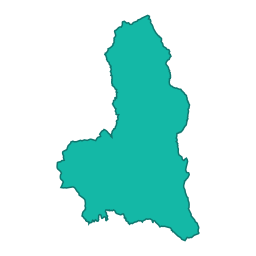 Mera, Vrancea, Romania
{"feature_id": "2599482B23865808249816", "entity_name": "Mera", "entity_type": "district", "adm_level": 2, "iso_a3": "ROU", "parent_name": "Romania", "parent_adm1": "Vrancea", "projection": "orthographic", "projection_center": [26.934, 45.784], "detail": "fine", "context": "isolated", "style": "filled", "palette": "teal", "viewbox_px": 256, "rotation_deg": 0, "n_neighbors": 0, "source": "geoboundaries", "source_scale": "gbopen_adm2", "svg_char_len": 5873}
<svg xmlns="http://www.w3.org/2000/svg" viewBox="0 0 256 256"><path d="M198.2,229.4L198.6,228.6L198.7,227.2L197.6,224.8L197.3,223.5L196.9,222.9L195.3,221.8L194.6,219.9L191.1,215.8L191.1,214.2L188.4,208.6L189.0,207.6L189.1,204.2L188.9,202.5L188.1,200.4L187.9,197.7L186.8,196.7L185.3,192.4L184.9,189.9L183.7,187.3L183.7,185.2L184.5,182.2L184.5,181.0L185.5,180.6L185.9,179.6L187.7,177.8L189.0,175.2L189.2,174.4L188.6,172.8L186.7,172.5L186.1,171.3L186.0,170.7L185.6,170.3L186.1,167.4L187.6,161.5L187.2,159.7L186.4,158.2L184.9,159.2L184.0,160.5L183.5,160.4L182.2,159.1L181.9,157.1L178.8,154.7L178.2,152.0L178.3,148.9L177.5,146.7L177.9,145.9L177.4,144.7L177.8,143.7L177.2,143.1L177.0,142.2L176.5,142.0L176.2,141.5L176.8,141.0L177.1,140.3L177.0,139.1L176.2,138.2L176.7,136.8L176.9,133.5L178.7,133.0L178.7,132.6L180.0,132.5L180.2,131.9L181.0,132.0L181.7,131.4L182.1,130.6L182.7,130.2L182.9,129.4L183.4,129.1L183.6,128.3L184.5,127.1L184.6,126.6L186.0,125.3L186.4,124.2L186.8,121.4L187.1,120.9L186.7,120.5L187.2,119.9L187.2,119.4L187.9,118.9L187.5,117.2L187.8,116.6L187.8,115.0L188.5,111.7L188.4,110.5L188.1,109.7L188.1,109.1L189.0,108.1L189.1,106.7L189.5,105.1L189.4,104.5L188.7,103.7L188.6,102.8L188.0,102.2L188.1,101.6L187.7,101.2L187.6,100.4L187.0,99.7L187.1,98.1L186.5,96.7L186.4,95.5L185.4,94.6L184.7,94.3L184.4,93.2L183.5,92.5L182.5,91.2L181.4,90.7L181.4,90.1L180.8,89.3L178.8,89.1L176.6,88.0L175.4,88.2L174.6,87.7L173.5,87.5L171.9,86.2L170.8,85.9L169.5,84.1L169.2,81.7L169.5,80.4L169.4,79.5L169.5,78.6L170.2,78.5L170.6,77.0L170.3,76.5L170.5,75.2L170.0,73.4L170.2,72.8L169.3,71.6L169.6,70.6L168.7,69.2L168.5,67.9L168.0,66.8L166.2,64.5L165.9,63.7L166.2,62.3L167.6,60.2L169.2,59.4L169.9,57.5L171.0,56.2L170.4,55.3L170.3,54.4L169.3,53.9L169.2,52.5L169.7,51.5L168.8,49.7L166.8,49.3L166.0,48.0L163.3,46.4L162.6,43.5L161.1,41.5L161.5,40.4L161.5,38.6L160.3,37.2L159.4,37.0L159.2,36.2L158.2,35.7L155.7,32.6L153.4,28.5L152.8,26.4L152.1,24.9L150.8,23.2L150.5,22.2L150.8,21.3L150.3,19.6L149.9,19.2L148.5,18.9L149.4,17.3L149.4,16.3L147.7,15.4L141.5,18.3L140.4,19.2L138.0,19.9L137.3,21.1L133.7,22.4L132.9,23.0L132.4,23.9L131.4,24.4L129.9,24.4L128.6,22.8L126.6,23.1L124.4,21.3L122.8,21.7L122.4,22.1L122.3,25.1L121.3,27.1L120.1,26.9L118.4,27.7L118.1,28.3L115.8,30.3L114.9,30.6L114.6,31.4L115.7,35.2L115.4,36.6L114.2,37.8L114.0,38.9L114.4,39.4L114.0,40.2L114.1,42.5L112.9,44.1L113.1,44.9L112.0,46.3L110.0,47.9L108.0,48.9L108.2,50.0L107.2,51.9L106.6,52.3L106.3,52.9L105.4,53.2L105.6,53.9L105.0,54.1L104.8,54.5L105.8,55.5L106.7,58.3L106.6,59.4L107.1,59.9L107.2,60.6L107.8,61.5L108.7,62.1L109.3,63.2L109.1,63.6L109.3,64.2L111.0,66.2L110.2,67.1L111.0,67.9L111.0,68.8L111.3,69.6L110.4,71.7L111.1,72.4L111.3,74.3L110.9,75.4L111.9,75.6L112.1,78.9L111.8,79.5L112.1,80.8L111.8,81.0L111.8,83.2L112.6,84.2L112.1,85.0L112.5,85.6L114.2,87.0L115.1,88.4L115.3,89.1L116.6,89.5L116.4,90.3L116.4,91.1L116.1,92.0L117.1,92.4L116.8,92.7L116.5,94.4L116.7,96.6L116.5,98.1L115.3,97.5L114.9,97.8L114.8,98.1L115.3,98.9L115.2,99.8L113.6,100.5L113.5,102.2L112.5,103.9L113.1,104.4L113.3,105.6L113.9,106.1L114.9,108.1L115.9,108.6L115.4,110.9L115.4,111.5L116.0,112.2L116.2,113.4L116.0,114.2L117.0,114.7L118.7,114.7L117.7,116.6L117.9,117.1L117.6,117.6L118.1,118.4L118.0,119.3L117.6,120.1L116.7,120.5L116.5,120.9L116.4,121.7L116.9,122.9L116.4,124.0L116.4,125.2L115.4,126.8L115.2,128.3L113.8,128.9L113.8,129.5L113.4,129.8L112.2,131.4L112.2,132.1L111.3,134.9L111.7,135.4L111.7,135.8L111.9,137.2L110.6,136.1L110.5,135.3L110.1,134.6L108.5,133.3L107.0,131.4L105.5,130.2L104.0,129.5L103.4,130.4L102.3,130.8L101.4,131.7L99.7,134.2L100.2,134.7L100.6,136.5L98.0,137.3L97.0,138.3L95.7,140.6L91.4,139.3L90.2,139.2L87.3,140.4L84.4,139.9L82.0,140.8L80.4,140.3L76.6,141.7L74.2,141.8L72.9,141.2L70.9,142.0L70.7,143.1L70.3,143.6L68.2,145.6L67.3,148.0L67.1,149.0L66.6,149.7L63.1,151.5L62.7,152.1L62.6,153.2L62.9,154.4L63.6,155.9L63.4,157.5L64.2,160.3L61.8,160.6L60.7,161.7L58.0,162.2L57.4,162.7L57.1,166.3L57.2,167.9L57.7,168.9L60.4,171.3L61.3,172.8L61.4,173.3L60.5,175.0L60.3,176.9L60.5,178.5L60.9,179.2L62.8,181.0L63.3,182.1L62.6,183.4L62.1,185.1L60.9,187.5L63.4,187.9L65.3,187.7L66.1,188.0L72.8,186.9L73.7,187.1L75.1,188.2L76.8,191.0L78.8,193.1L79.0,193.7L79.1,195.0L83.6,198.3L84.7,199.5L85.0,200.2L85.4,203.0L85.4,204.4L85.0,205.9L85.6,208.0L85.3,208.5L85.4,209.6L84.9,209.8L83.0,212.0L82.4,213.8L82.3,214.5L82.4,215.0L82.0,215.8L82.2,216.3L83.2,216.8L84.4,218.7L85.8,219.5L85.7,220.5L86.5,221.2L88.7,221.8L88.5,222.3L88.9,222.5L88.9,223.6L89.6,222.6L90.5,222.8L91.8,222.3L92.4,220.6L92.7,220.2L93.5,220.6L93.6,221.4L94.0,221.7L94.4,221.6L95.1,220.1L95.6,219.8L96.9,221.1L97.9,221.2L98.7,219.7L98.4,218.7L98.7,217.1L98.6,215.8L99.3,214.7L99.9,214.5L101.0,215.2L101.3,216.9L101.9,218.3L102.3,218.3L104.1,216.9L104.7,216.8L105.3,217.2L105.7,217.8L105.9,220.4L106.2,220.6L107.8,219.2L107.0,217.2L107.6,216.1L106.7,215.3L106.6,214.6L106.3,214.0L106.5,213.2L105.4,211.8L106.0,209.9L107.6,210.1L108.1,210.6L109.1,209.9L109.8,210.8L111.1,210.3L112.2,210.8L113.6,209.9L115.3,211.3L115.6,212.6L116.7,213.5L120.4,214.8L121.8,214.5L122.2,214.0L123.5,214.0L124.5,216.5L124.3,217.6L124.6,217.6L124.9,218.2L125.2,217.9L125.5,218.0L125.6,218.7L126.0,219.1L125.8,220.0L126.1,220.7L128.2,222.1L128.5,222.4L128.3,223.0L129.6,224.3L130.3,223.5L131.3,223.3L132.3,223.6L134.5,222.2L136.6,221.8L138.5,220.6L139.7,220.9L140.9,220.7L142.4,222.0L142.9,220.9L145.3,219.7L146.2,218.9L147.6,219.2L150.2,218.9L152.2,220.2L152.3,221.3L152.8,222.4L153.0,222.4L153.0,221.8L153.5,220.8L154.3,220.7L155.1,221.3L155.8,222.4L158.7,225.0L159.9,226.9L161.6,226.1L162.5,226.4L164.6,226.3L170.5,227.9L171.3,229.0L171.5,230.3L172.3,230.3L172.8,231.7L173.4,231.6L177.8,235.9L180.6,237.6L181.8,239.3L185.0,240.6L187.2,237.4L188.9,237.9L190.4,237.4L191.6,237.5L194.1,235.3L198.5,233.6L198.9,233.0L198.1,231.6L198.2,229.4Z" fill="#14b8a6" stroke="#0f766e" stroke-width="1.5"/></svg>